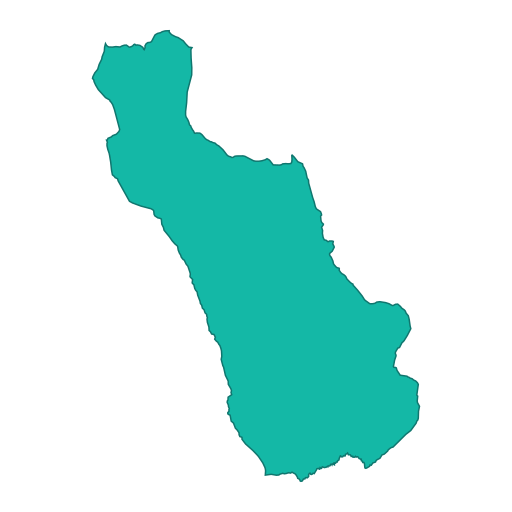 El Dorado, San Martín, Peru (Robinson projection)
{"feature_id": "86281439B18288209632206", "entity_name": "El Dorado", "entity_type": "district", "adm_level": 2, "iso_a3": "PER", "parent_name": "Peru", "parent_adm1": "San Martín", "projection": "robinson", "projection_center": [-76.72, -6.537], "detail": "fine", "context": "isolated", "style": "filled", "palette": "teal", "viewbox_px": 512, "rotation_deg": 0, "n_neighbors": 0, "source": "geoboundaries", "source_scale": "gbopen_adm2", "svg_char_len": 6060}
<svg xmlns="http://www.w3.org/2000/svg" viewBox="0 0 512 512"><path d="M418.5,411.2L419.5,406.3L417.5,402.7L417.2,401.0L417.7,396.1L417.0,395.5L416.8,395.0L418.3,384.4L417.4,382.7L415.7,381.0L413.6,380.0L412.1,378.7L410.1,378.1L408.8,377.2L407.9,377.0L407.0,376.2L400.2,375.2L397.0,370.4L396.3,367.9L395.6,367.5L393.9,367.3L393.4,366.6L394.6,360.2L396.0,356.0L396.0,355.1L395.3,353.4L395.5,352.0L397.8,348.1L399.5,347.5L402.0,342.7L403.4,341.5L404.2,340.5L407.3,335.5L410.8,328.7L410.1,325.9L409.2,319.5L408.3,315.8L406.1,313.1L405.3,311.1L404.4,310.0L401.6,308.0L400.5,306.5L397.7,304.1L395.5,304.3L393.2,305.5L392.2,305.5L389.0,303.7L385.5,302.6L379.8,301.7L376.7,302.1L375.2,303.2L372.9,303.7L370.4,303.8L369.5,303.5L365.2,300.4L364.3,299.4L362.1,295.9L357.5,290.1L353.2,285.3L352.9,284.1L351.6,283.5L349.7,281.9L346.9,279.0L345.9,276.8L345.3,276.0L343.8,274.7L342.1,273.8L340.7,272.5L339.2,270.3L339.3,268.6L339.1,268.2L337.1,267.7L336.1,267.0L334.2,264.8L333.5,263.8L332.9,261.0L331.2,257.2L329.8,255.5L329.5,254.0L329.7,253.4L332.2,251.2L334.2,247.3L334.1,246.5L332.8,243.9L333.3,241.4L332.0,241.0L329.5,241.0L328.5,241.6L327.7,241.6L326.4,240.4L324.2,239.8L323.1,237.3L322.4,233.4L322.6,230.5L321.6,227.2L323.3,224.8L323.4,224.1L321.7,222.5L321.0,220.6L320.6,216.4L320.8,215.8L321.6,215.0L321.3,213.6L320.5,211.6L316.4,208.9L315.3,206.6L314.1,201.7L312.7,197.7L308.7,183.2L308.5,180.1L307.1,177.9L305.7,171.2L304.0,167.6L303.1,166.4L302.5,163.8L297.8,161.7L294.3,157.2L292.2,155.1L291.8,155.3L292.0,159.2L291.8,162.0L290.8,163.6L288.1,163.8L285.6,163.6L282.6,163.9L281.5,164.7L279.7,165.1L273.2,164.9L269.8,160.5L268.9,159.7L267.0,158.7L265.2,159.8L261.8,160.8L259.0,161.2L255.7,161.2L253.6,160.8L244.9,156.3L243.0,155.9L236.2,156.0L234.4,156.4L233.3,157.3L231.9,157.5L230.8,156.9L228.5,156.2L226.9,154.9L223.0,149.8L218.9,146.0L216.8,144.8L215.0,143.1L212.9,142.6L211.4,141.8L210.3,141.7L208.3,140.4L206.7,139.7L205.2,138.5L202.1,134.8L200.4,133.4L199.5,133.1L196.2,133.0L195.0,133.3L194.5,133.1L193.5,131.0L192.8,130.2L191.1,127.2L190.8,126.0L189.5,124.8L188.9,122.4L187.7,119.6L186.1,117.0L185.6,115.1L185.6,111.4L186.6,102.9L187.2,92.0L191.7,74.9L191.8,67.8L191.1,58.1L190.9,50.3L191.0,49.3L192.0,47.6L188.8,47.1L185.6,43.8L183.3,40.9L178.2,37.6L175.5,36.7L171.5,34.6L169.2,32.1L169.2,30.7L165.1,30.9L162.2,31.7L160.5,32.7L157.6,33.4L155.5,34.6L154.9,35.1L151.6,41.4L150.4,42.3L147.8,42.6L146.2,43.7L145.0,45.8L145.1,47.4L144.2,49.7L143.7,49.3L142.9,47.4L139.9,45.4L137.0,44.9L135.9,45.2L134.8,44.2L133.8,44.6L132.9,45.7L131.8,46.4L129.7,47.2L129.3,47.2L126.4,45.1L124.3,45.2L122.1,45.9L120.0,47.0L115.9,46.6L112.5,47.1L108.9,47.0L107.8,46.5L106.5,45.4L105.5,43.6L104.6,47.2L104.3,51.3L102.1,56.8L101.7,59.2L99.2,64.3L97.7,69.3L94.8,72.9L92.9,76.7L92.5,78.5L93.7,79.7L94.1,81.7L95.6,85.0L98.3,89.6L105.5,97.6L109.7,100.0L110.1,101.2L111.3,102.4L112.7,104.7L114.4,109.4L119.7,129.5L119.0,131.4L116.4,134.2L112.7,135.6L111.3,136.9L108.0,138.3L107.3,140.0L106.5,140.1L107.4,142.2L107.0,143.5L107.0,145.8L107.8,149.4L109.1,153.1L109.6,155.5L110.7,162.2L111.5,169.9L112.4,174.8L114.5,176.6L115.1,177.6L117.6,178.8L118.1,180.8L129.5,201.3L132.6,203.0L141.0,206.1L151.2,208.8L153.2,210.1L153.7,210.8L154.1,214.4L154.9,215.9L157.9,217.9L159.7,218.2L161.3,219.0L161.8,224.2L163.4,227.4L164.1,230.3L169.2,236.5L172.1,240.7L174.8,243.8L177.4,246.0L177.7,246.7L178.2,250.0L179.4,253.1L180.6,255.0L181.3,257.2L183.1,259.5L184.3,260.2L186.2,264.2L187.9,266.2L190.2,273.1L190.3,274.5L190.0,276.4L190.2,277.0L192.6,279.5L192.2,282.5L192.3,283.2L193.9,284.8L194.7,288.3L195.6,290.1L197.1,291.9L197.7,295.1L200.0,301.2L200.4,303.5L201.7,305.2L202.4,308.2L204.0,309.6L205.1,312.9L206.5,314.2L206.7,314.7L206.8,316.1L207.4,317.6L207.0,319.1L207.4,322.4L208.9,327.0L209.1,330.5L210.4,331.7L211.6,334.0L214.0,334.5L215.3,337.2L214.7,339.2L216.5,341.3L217.7,342.1L219.0,344.5L219.8,345.4L220.9,348.4L221.5,350.9L221.8,356.4L221.2,359.3L222.8,365.6L223.6,367.2L225.4,375.3L228.2,381.0L228.3,384.3L230.9,388.8L231.5,390.8L231.0,392.4L231.7,394.7L228.1,397.2L228.0,399.9L227.3,401.0L227.2,402.5L228.3,404.9L228.5,406.8L229.3,408.5L228.9,409.7L229.0,411.2L227.8,412.6L227.8,413.6L228.2,414.3L230.1,415.2L231.2,421.1L233.5,423.1L235.4,428.2L237.0,429.8L239.0,432.7L239.1,434.8L239.9,436.6L241.8,437.2L242.0,437.5L242.0,439.3L245.6,444.0L252.8,450.4L257.2,455.0L258.5,456.5L262.8,462.9L265.0,467.6L265.4,469.3L265.6,470.9L265.3,475.1L271.2,474.3L276.4,475.2L278.8,475.0L280.3,474.0L282.0,473.6L282.6,473.3L284.4,473.8L286.7,473.4L288.3,472.7L289.0,473.0L289.5,472.8L290.6,473.1L292.0,472.2L295.5,474.1L297.3,476.9L297.7,478.3L299.0,478.9L299.9,480.0L300.2,481.0L300.9,481.3L302.0,481.1L302.5,480.7L303.4,479.0L304.9,478.9L305.4,477.7L306.0,477.5L307.1,477.9L308.2,477.0L308.7,476.3L308.6,474.6L309.5,473.3L310.2,473.2L310.6,474.2L311.2,474.5L312.3,474.1L313.1,473.2L314.2,473.6L316.6,469.6L316.9,468.7L318.4,468.4L318.8,468.5L319.2,469.2L319.7,469.2L320.1,467.6L321.0,468.3L321.5,468.4L322.3,466.8L324.3,467.6L325.2,467.3L325.9,467.4L327.0,466.6L327.9,466.9L328.2,465.8L329.2,466.0L330.1,465.7L330.6,464.3L331.5,464.2L332.0,465.0L332.3,464.2L332.7,463.9L334.4,464.8L334.4,464.2L333.6,463.5L333.7,463.1L334.3,462.9L335.6,463.2L336.4,462.0L337.3,462.0L337.6,460.8L339.0,459.9L339.2,458.4L340.4,455.8L340.7,455.8L341.2,456.7L341.7,456.9L342.7,456.8L343.5,455.7L345.0,456.0L345.3,455.5L345.4,454.4L346.8,453.8L347.6,453.0L348.4,454.8L350.4,454.8L351.1,456.3L351.5,456.1L352.1,456.6L352.7,456.3L352.9,457.1L353.9,457.2L354.5,457.2L355.4,456.3L356.1,457.1L356.6,456.8L357.7,456.7L359.2,458.6L359.9,458.7L360.4,459.2L361.3,459.2L361.3,460.7L362.5,461.3L362.6,462.2L362.9,462.6L363.9,462.5L364.4,463.5L364.8,467.3L365.1,468.1L365.8,468.3L366.7,468.0L369.6,466.3L370.0,465.0L371.3,465.2L372.8,463.0L375.5,462.0L376.2,460.4L377.3,459.6L379.9,458.3L382.0,454.9L384.1,454.2L385.2,453.3L387.7,451.0L388.2,449.9L390.5,448.0L391.7,447.4L393.0,447.1L405.9,434.3L410.8,430.5L416.1,423.2L416.8,421.1L417.8,420.0L418.3,418.2L418.5,411.2Z" fill="#14b8a6" stroke="#0f766e" stroke-width="1.5"/></svg>